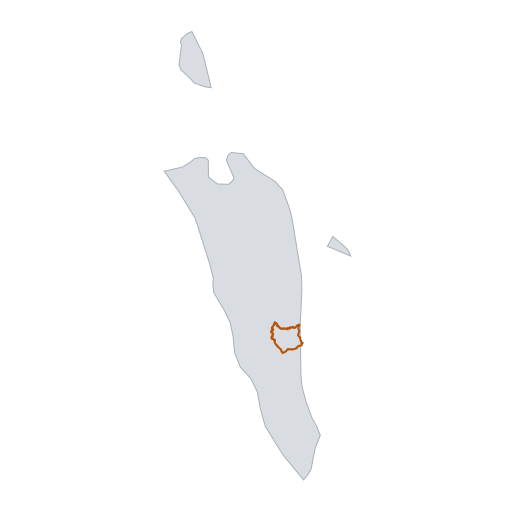 Vemasse, Baucau, East Timor (highlighted), rotated 92°
{"feature_id": "22284137B19870753775512", "entity_name": "Vemasse", "entity_type": "district", "adm_level": 2, "iso_a3": "TLS", "parent_name": "East Timor", "parent_adm1": "Baucau", "projection": "albers", "projection_center": [126.238, -8.584], "detail": "fine", "context": "in_parent", "style": "outline", "palette": "amber", "viewbox_px": 512, "rotation_deg": 92, "n_neighbors": 0, "source": "geoboundaries", "source_scale": "gbopen_adm2", "svg_char_len": 5508}
<svg xmlns="http://www.w3.org/2000/svg" viewBox="0 0 512 512"><g transform="rotate(92 256 256)"><path d="M174.5,350.7L169.7,332.8L164.7,325.1L160.8,320.8L159.4,315.3L159.6,309.7L162.0,307.0L178.7,306.3L185.4,297.0L185.3,286.0L181.9,282.2L178.6,280.7L161.3,289.0L156.4,287.5L153.4,284.5L154.3,272.2L168.6,260.7L180.6,239.8L189.1,231.5L208.9,223.6L216.9,221.4L274.5,209.8L288.2,209.0L324.8,209.4L373.7,206.9L385.8,205.3L401.5,200.3L416.6,194.0L424.7,189.1L433.1,185.5L445.7,190.1L467.0,193.5L472.8,196.5L478.1,200.7L453.3,222.5L426.1,240.7L409.3,246.1L392.0,249.8L378.8,256.8L367.6,267.8L353.4,274.0L337.3,276.1L323.6,279.4L311.2,285.9L293.9,297.0L286.9,298.1L279.5,297.9L265.2,302.1L220.6,318.0L193.8,335.7L174.5,350.7ZM33.9,327.9L55.9,316.0L89.4,306.7L88.6,313.4L85.2,323.8L80.1,328.8L72.5,337.6L67.4,339.6L47.3,337.8L44.7,339.1L41.3,338.1L36.1,332.5L33.9,327.9ZM252.8,161.3L243.8,185.0L233.9,179.9L244.4,166.6L249.4,162.7L252.8,161.3Z" fill="#d9dde1" stroke="#a8b0b8" stroke-width="1"/><path d="M341.2,206.6L341.0,206.9L340.5,207.3L340.4,207.5L339.8,207.9L339.3,208.2L339.0,208.3L338.9,208.3L338.8,208.2L338.7,208.3L338.2,208.6L337.7,208.8L337.3,208.8L336.8,209.0L336.5,209.1L336.1,209.0L335.8,209.2L335.5,209.6L335.3,209.9L334.8,210.3L334.1,210.9L333.7,211.1L333.4,211.2L333.1,211.2L332.6,211.1L332.3,211.0L332.1,210.7L330.9,210.5L330.1,210.3L329.7,210.3L329.4,210.2L329.2,210.2L328.4,210.6L327.9,210.8L327.6,211.0L327.4,211.1L327.1,211.2L326.8,211.2L326.7,211.2L326.2,211.2L325.4,211.0L325.2,210.9L324.6,210.5L324.2,210.3L323.4,210.2L323.2,210.3L323.4,211.4L323.8,212.2L324.0,212.4L324.3,212.8L325.4,213.5L325.6,213.6L325.7,213.8L325.8,214.0L326.1,214.2L326.3,214.4L326.5,214.6L326.6,214.8L326.3,215.1L326.1,215.1L326.2,215.6L326.1,215.9L326.2,216.2L325.8,216.3L325.7,216.4L325.8,216.5L326.1,216.5L326.0,216.8L325.9,216.7L325.8,216.8L326.0,217.0L326.0,217.3L325.9,217.5L326.1,217.7L326.1,217.8L326.3,218.0L326.4,218.4L326.4,218.5L326.3,219.0L326.5,219.1L326.4,219.2L326.3,219.3L326.5,219.4L326.4,219.7L326.5,219.8L326.5,220.0L326.6,220.3L326.7,220.5L326.8,220.5L327.0,220.6L327.0,221.0L327.2,220.9L327.2,221.0L327.3,220.9L327.5,220.8L327.6,221.1L327.7,221.3L327.8,221.5L327.8,221.4L327.9,221.7L328.1,221.8L328.1,222.1L327.9,222.2L327.9,222.6L327.8,222.8L327.8,223.0L327.7,223.1L327.7,223.4L327.7,223.6L327.4,223.9L327.4,224.1L327.4,224.5L327.5,224.8L327.7,225.0L327.8,225.1L328.0,225.5L327.9,225.6L327.7,225.8L327.5,226.0L327.3,226.1L327.3,226.3L327.3,226.5L327.3,226.9L327.6,227.1L327.9,227.5L327.9,227.8L327.8,228.0L328.0,228.3L327.8,228.6L327.7,228.8L327.3,229.0L327.2,229.1L327.1,229.3L327.1,229.5L326.9,229.7L327.0,229.9L326.9,230.0L326.6,230.1L326.3,230.4L326.2,230.6L325.9,230.6L325.9,230.9L325.9,231.2L325.8,231.3L325.6,231.3L325.4,231.4L325.5,231.6L325.4,231.7L325.2,231.7L325.1,231.8L324.7,232.0L324.2,232.1L324.1,232.4L323.8,232.4L323.7,232.5L323.8,232.6L323.7,232.6L323.4,232.6L323.4,232.8L323.3,233.0L323.1,232.9L323.0,233.1L322.6,233.3L322.4,233.4L322.4,233.5L322.1,234.0L321.8,234.4L321.7,234.8L321.8,234.8L322.3,234.8L322.5,235.2L323.1,235.7L323.5,235.5L323.7,235.3L323.8,235.2L324.2,235.3L324.4,235.6L324.8,235.8L325.1,236.3L325.6,236.8L326.2,237.1L326.3,237.0L326.6,236.9L326.8,236.9L326.9,237.0L326.8,237.4L326.9,237.5L327.0,237.5L327.1,237.3L327.2,237.2L327.4,237.1L327.5,237.2L327.5,237.4L327.6,237.5L327.7,237.4L327.9,237.0L328.1,237.1L328.2,237.4L328.3,237.4L328.4,237.2L328.5,237.1L328.4,236.8L328.6,236.6L328.7,236.8L328.8,236.9L329.2,236.8L329.4,236.8L329.6,236.7L329.7,237.0L330.0,237.4L330.1,237.9L330.2,238.0L330.3,237.9L330.3,237.5L330.3,237.4L330.5,237.3L330.9,237.6L330.9,238.0L331.0,238.1L331.4,238.2L331.8,238.2L332.1,238.2L332.3,238.0L332.5,237.9L332.4,237.9L332.3,237.7L332.3,237.4L332.5,237.0L332.6,236.8L332.8,236.2L333.0,236.2L333.0,236.3L333.1,236.5L333.4,236.4L333.5,236.2L333.8,236.2L334.0,236.4L333.9,236.5L334.5,236.6L334.6,236.9L334.9,236.9L335.1,236.8L335.4,236.4L335.5,236.4L335.9,236.8L336.0,237.0L335.9,237.4L335.7,237.5L335.9,237.7L336.0,237.7L336.4,237.6L336.5,237.6L336.7,237.4L336.8,237.4L336.8,237.6L337.0,237.7L337.3,237.6L337.3,237.3L337.7,237.1L337.8,236.7L338.0,236.6L338.4,236.7L338.4,236.4L338.5,236.2L338.6,235.9L338.5,235.6L339.0,235.5L339.2,235.4L339.3,235.2L339.2,234.9L339.5,234.7L339.4,234.4L339.5,234.4L339.8,234.2L340.4,234.1L340.9,234.3L341.1,234.3L341.3,234.4L341.7,234.3L341.8,234.2L342.0,234.1L342.3,233.9L342.8,233.7L343.0,233.6L343.2,233.4L343.5,233.1L343.7,232.8L344.0,232.8L344.6,232.2L344.7,231.7L344.8,231.7L345.0,231.7L345.4,231.6L345.5,231.6L345.9,230.9L346.0,230.7L348.0,228.5L348.2,228.3L348.5,227.9L348.7,227.7L348.8,227.8L349.0,227.6L349.2,227.4L349.7,227.4L349.9,227.4L350.1,227.3L350.4,227.2L350.6,227.2L350.8,226.8L351.0,226.7L351.2,226.4L351.3,226.3L351.7,226.0L352.0,225.7L351.7,225.4L351.6,225.2L351.4,224.8L351.1,224.3L351.0,224.2L350.8,224.0L350.8,223.9L350.7,223.6L350.6,223.2L349.9,222.5L349.7,222.3L349.4,222.2L349.2,222.0L348.5,221.5L348.6,221.3L348.2,220.9L347.9,220.7L348.0,220.3L347.9,220.1L347.9,219.8L348.2,219.5L348.3,219.2L348.0,218.4L348.0,217.8L348.2,217.5L348.0,217.1L348.2,216.9L348.1,216.2L347.9,215.9L347.9,215.5L347.6,214.4L347.2,213.2L346.9,213.1L346.8,212.8L346.9,212.6L346.6,212.1L346.0,211.9L345.9,211.7L345.7,211.6L345.5,211.4L344.5,210.6L344.3,210.3L344.2,209.8L344.3,209.4L344.3,209.2L344.1,208.6L344.0,208.2L343.7,207.8L343.7,207.4L343.0,207.3L342.9,207.2L342.4,207.2L342.0,207.1L341.9,207.0L341.7,206.8L341.3,206.8L341.2,206.6Z" fill="none" stroke="#b45309" stroke-width="2"/></g></svg>